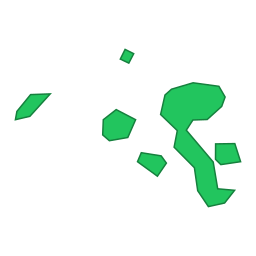 the Province of Galápagos, rotated 180°
{"feature_id": "ECU-1270", "entity_name": "Galápagos", "entity_type": "Province", "adm_level": 1, "iso_a3": "ECU", "parent_name": "Ecuador", "parent_adm1": "", "projection": "robinson", "projection_center": [-90.747, 0.131], "detail": "coarse", "context": "isolated", "style": "filled", "palette": "green", "viewbox_px": 256, "rotation_deg": 180, "n_neighbors": 0, "source": "natural_earth", "source_scale": "10m", "svg_char_len": 733}
<svg xmlns="http://www.w3.org/2000/svg" viewBox="0 0 256 256"><g transform="rotate(180 128 128)"><path d="M95.4,141.5L91.0,161.0L84.5,166.8L62.9,173.2L37.1,169.7L30.9,159.0L34.3,149.6L48.8,136.5L63.1,136.0L69.7,125.8L42.8,94.0L38.3,67.2L21.4,65.7L31.4,53.0L47.6,49.4L58.3,65.3L61.6,88.3L81.9,108.8L78.7,125.4L95.4,141.5ZM153.3,121.1L152.7,136.3L139.8,146.4L120.4,136.3L128.2,118.5L146.6,115.3L153.3,121.1ZM40.4,112.1L21.2,112.4L15.4,94.3L35.2,91.4L40.5,96.7L40.4,112.1ZM226.1,139.7L240.6,136.3L239.1,144.6L225.4,161.4L205.8,162.1L226.1,139.7ZM118.5,94.3L114.7,103.3L94.8,100.1L89.6,92.9L98.6,79.8L118.5,94.3ZM135.7,196.9L130.9,206.6L122.3,202.3L127.2,192.9L135.7,196.9Z" fill="#22c55e" stroke="#15803d" stroke-width="1.5"/></g></svg>